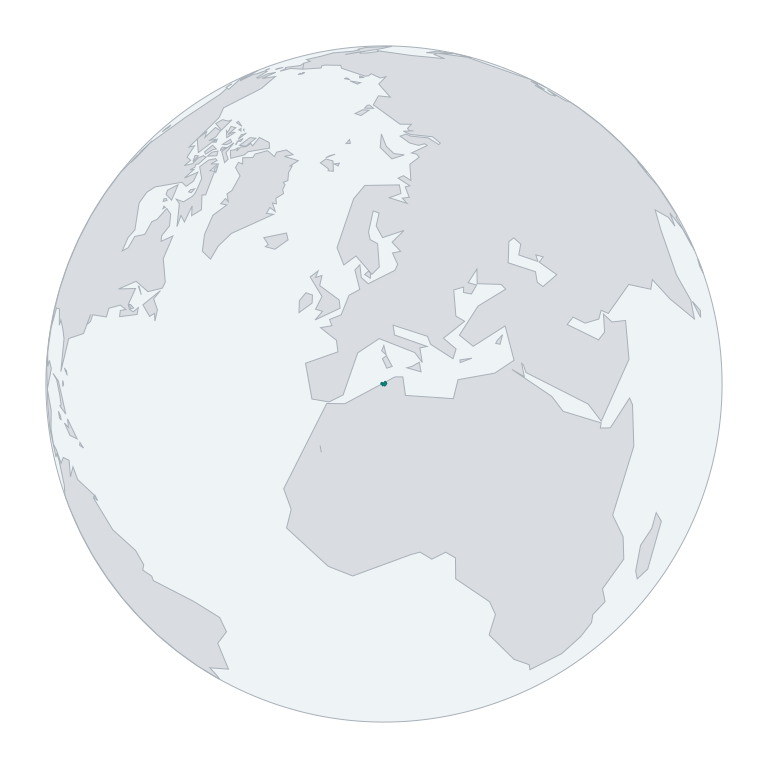 globe centered on Skikda, rotated 343°
{"feature_id": "DZA-2166", "entity_name": "Skikda", "entity_type": "Province", "adm_level": 1, "iso_a3": "DZA", "parent_name": "Algeria", "parent_adm1": "", "projection": "orthographic", "projection_center": [6.827, 36.763], "detail": "fine", "context": "on_globe", "style": "filled", "palette": "teal", "viewbox_px": 768, "rotation_deg": 343, "n_neighbors": 0, "source": "natural_earth", "source_scale": "10m", "svg_char_len": 10995}
<svg xmlns="http://www.w3.org/2000/svg" viewBox="0 0 768 768"><g transform="rotate(343 384 384)"><circle cx="384" cy="384" r="338" fill="#eef3f6" stroke="#a8b0b8"/><path d="M193.6,104.9L215.3,92.9L206.3,98.3L213.3,95.0L225.1,88.4L231.1,85.0L271.5,71.2L311.8,59.1L320.6,55.1L321.7,56.8L335.9,50.2L355.3,47.4L335.7,51.0L335.5,51.9L349.9,49.6L352.7,50.2L361.3,49.7L363.5,50.9L351.9,53.9L353.1,54.9L363.2,53.4L371.7,54.3L356.7,56.2L370.1,58.2L353.2,65.5L311.3,73.0L304.1,81.1L266.9,100.4L272.5,100.8L262.0,109.5L264.5,113.5L256.9,116.8L265.5,117.3L272.0,113.6L278.0,112.8L280.1,115.1L270.7,119.4L268.3,118.8L266.6,121.3L261.0,122.6L265.0,123.3L253.4,128.7L267.9,127.0L261.1,134.3L252.6,137.1L249.7,132.0L222.7,128.6L213.2,131.3L202.7,139.3L190.9,163.7L182.0,169.2L172.6,180.2L179.2,178.9L188.9,170.0L198.9,171.0L209.5,160.9L215.2,160.2L227.6,152.6L229.7,159.2L225.1,170.1L214.8,177.1L212.5,182.4L225.5,180.7L209.6,199.5L204.6,222.7L200.1,227.5L185.3,226.7L177.0,213.3L157.9,215.5L174.3,220.0L162.6,233.3L162.4,238.4L165.4,241.6L171.4,239.1L168.2,245.3L150.8,242.3L153.4,236.6L158.9,237.3L154.9,231.5L143.1,231.1L138.1,238.7L125.6,232.6L121.8,238.2L117.0,240.5L123.8,231.7L111.4,247.9L95.8,248.3L78.6,277.6L91.2,247.3L93.0,237.2L93.7,228.4L90.7,232.9L95.6,217.3L93.1,215.5L81.9,233.2L72.0,254.5L67.5,269.0L70.9,263.6L70.4,271.9L60.6,290.4L58.0,311.9L52.4,329.7L50.3,345.0L51.5,351.3L52.0,365.4L55.8,360.5L60.5,364.8L57.0,381.1L62.4,372.2L63.1,385.8L74.6,405.8L72.8,407.9L82.0,444.1L97.8,470.6L101.4,486.5L98.9,491.5L105.7,499.8L105.9,504.6L138.0,535.8L158.6,559.3L160.9,574.9L149.2,583.3L151.9,611.2L134.5,604.5L139.0,613.9L140.6,618.4L123.5,599.3L108.0,578.9L94.0,557.5L81.7,535.0L71.1,511.7L62.4,487.6L55.4,463.0L50.4,437.8L47.3,412.4L47.0,408.5L46.4,396.9L48.7,387.1L50.9,362.2L50.8,354.6L49.0,358.0L51.5,328.7L56.1,306.9L66.7,267.8L76.6,243.6L88.5,220.2L102.1,197.7L117.4,176.4L134.3,156.4L152.7,137.7L172.5,120.5L193.6,104.9ZM73.5,286.1L70.9,319.8L67.6,310.0L69.1,309.7L70.8,299.0L72.2,284.3L70.6,277.1L73.5,286.1ZM83.1,279.7L83.2,275.2L83.8,278.5L83.1,279.7ZM233.4,83.6L225.0,88.3L213.4,94.5L219.9,90.3L233.4,83.6ZM256.0,73.9L253.0,75.8L245.4,78.0L249.5,76.2L256.0,73.9ZM326.3,52.6L319.0,54.3L325.1,52.6L326.3,52.6ZM362.1,49.5L363.3,49.0L367.3,49.1L362.1,49.5ZM225.6,149.6L226.5,151.1L223.8,151.7L225.6,149.6ZM230.1,145.1L226.2,144.8L227.7,142.6L230.1,142.9L230.1,145.1ZM374.2,51.1L380.2,51.8L372.1,51.6L374.2,51.1ZM234.6,146.1L231.0,138.9L233.8,135.3L245.3,133.3L234.6,146.1ZM382.4,52.5L397.1,55.0L401.0,53.8L398.4,59.2L386.8,54.9L376.1,54.5L382.4,53.7L382.4,52.5ZM273.2,111.6L266.3,115.5L270.1,110.2L273.2,111.6ZM274.1,108.4L277.1,94.9L288.2,90.8L284.9,95.8L297.8,89.4L301.7,93.9L295.6,98.5L287.6,100.1L295.2,100.7L274.1,108.4ZM394.6,62.3L396.5,63.6L392.3,62.9L394.6,62.3ZM280.6,112.1L280.2,109.5L289.9,105.6L292.4,110.2L288.5,109.9L280.6,112.1ZM299.2,85.7L306.8,84.0L312.1,87.1L315.7,86.9L302.8,93.7L299.2,85.7ZM287.4,112.0L293.4,112.7L290.8,116.8L281.7,114.5L287.4,112.0ZM291.3,102.8L296.0,101.3L294.2,103.6L291.3,102.8ZM285.0,132.6L284.3,128.9L289.2,126.5L285.0,132.6ZM295.9,112.8L296.7,111.4L298.6,110.2L302.0,111.6L295.9,112.8ZM307.4,95.6L308.0,97.5L313.0,93.0L317.2,95.6L307.7,99.8L313.6,99.1L314.9,99.9L305.7,102.5L307.4,95.6ZM311.0,109.5L300.5,116.5L300.7,123.4L296.3,125.7L296.8,114.2L311.0,109.5ZM308.7,105.1L309.1,108.2L303.4,109.1L299.6,107.6L308.7,105.1ZM323.4,96.0L319.4,90.9L321.6,90.2L323.4,96.0ZM312.2,111.3L314.7,109.6L312.9,111.6L312.2,111.3ZM321.2,100.3L319.5,98.5L322.0,97.7L321.2,100.3ZM321.1,108.0L317.7,110.1L315.0,109.0L321.1,108.0ZM322.1,104.3L326.0,103.7L316.1,107.3L320.9,103.6L322.1,104.3ZM323.9,99.9L324.8,98.9L324.2,100.8L323.9,99.9ZM333.3,111.5L321.5,116.2L315.6,113.5L327.8,109.2L333.3,111.5ZM620.9,143.0L626.3,148.5L618.0,140.5L619.0,142.5L613.0,137.2L623.8,149.4L615.7,142.5L628.1,156.2L632.6,159.0L626.1,150.2L640.3,166.1L644.4,168.8L650.9,176.7L666.8,199.0L680.8,222.4L689.3,239.8L691.9,245.3L691.4,245.7L698.1,262.6L703.6,274.2L713.5,308.9L712.2,310.0L717.2,332.2L718.4,335.1L719.9,347.0L719.2,342.1L718.7,342.0L715.0,323.6L707.3,304.0L708.4,318.2L704.7,307.8L694.2,296.8L693.8,317.0L695.6,365.1L701.9,393.4L699.9,412.6L682.4,386.3L671.1,362.6L666.9,371.4L647.1,360.4L619.1,382.1L613.2,377.0L608.4,384.7L594.1,384.6L584.4,375.3L576.6,380.7L602.1,404.5L610.2,398.8L614.3,381.2L620.1,391.3L633.6,393.9L625.5,432.0L580.9,483.1L573.4,462.9L523.1,414.5L522.9,406.7L522.5,406.0L521.7,404.6L520.3,417.9L510.6,407.5L540.8,444.9L547.3,462.5L580.3,484.7L578.0,489.4L587.6,492.1L614.8,469.2L615.6,476.5L604.7,516.5L564.3,576.3L568.0,600.0L562.1,621.6L533.1,643.7L531.8,656.7L516.2,665.6L512.7,672.9L498.1,683.1L475.1,693.8L440.0,699.9L440.8,694.9L427.9,685.4L411.2,654.7L423.2,636.9L421.3,623.1L395.6,591.3L401.5,571.2L393.8,562.9L378.5,565.5L369.3,555.3L359.8,555.0L297.9,558.4L277.4,542.1L248.7,493.2L258.6,476.8L257.5,454.8L323.5,385.9L340.8,391.4L396.6,380.4L404.1,382.7L401.2,401.2L446.0,418.3L456.1,401.5L493.1,406.0L515.3,399.3L516.8,363.9L480.3,374.0L470.4,359.3L496.7,337.0L528.1,328.9L525.2,323.0L502.4,315.3L506.5,301.2L494.1,311.7L501.5,316.4L493.9,323.5L486.8,319.7L488.5,314.6L478.2,314.4L472.6,340.0L479.4,347.6L454.2,357.6L463.2,371.6L457.4,380.0L440.2,359.7L439.5,351.1L409.9,330.4L408.4,340.2L436.2,360.7L428.8,360.0L426.9,374.7L422.6,362.9L392.7,339.2L368.0,346.5L341.7,382.5L326.2,385.1L310.7,377.3L315.0,341.2L349.3,339.8L351.3,328.3L339.8,311.6L351.2,313.0L350.8,306.4L363.3,305.3L376.5,288.9L388.5,286.5L389.5,266.5L395.8,262.9L393.4,275.5L398.2,283.5L427.7,278.5L432.1,273.5L430.4,261.2L438.7,262.0L433.2,250.8L448.0,243.0L425.4,243.6L422.7,230.6L429.3,219.1L424.3,215.3L413.6,234.2L413.0,241.9L418.9,248.0L413.7,270.7L404.5,275.6L394.6,253.4L380.4,258.4L378.9,240.0L409.0,198.1L423.7,188.5L456.9,198.1L455.9,206.8L443.5,207.4L458.9,218.0L455.8,211.7L462.7,212.8L461.9,201.7L466.7,202.0L457.7,191.3L463.5,190.5L469.2,197.2L473.0,181.4L484.0,177.4L482.5,173.8L477.8,171.1L495.0,168.6L493.1,166.1L486.8,165.9L479.0,161.0L471.9,151.7L478.2,151.4L481.7,154.6L498.3,161.6L506.4,171.1L508.3,170.1L502.8,161.8L482.4,153.2L476.4,147.9L486.3,150.6L482.2,149.2L481.2,146.5L486.1,143.6L475.3,140.2L455.4,113.9L462.9,106.8L473.9,111.5L466.7,95.6L475.7,90.7L469.8,90.2L462.4,83.5L459.5,84.8L456.1,84.2L435.7,69.6L435.8,66.6L420.4,61.6L417.4,61.6L416.4,63.4L398.4,59.2L401.0,53.8L407.7,53.9L404.8,51.1L420.5,52.2L432.1,52.5L451.1,56.6L458.6,57.2L456.6,56.2L465.3,56.9L490.4,63.4L479.1,62.5L443.2,57.5L458.7,59.4L457.9,60.7L465.0,62.6L475.7,64.3L475.3,63.4L506.1,77.8L537.1,90.6L528.4,83.6L531.5,83.1L559.1,95.9L607.4,131.5L611.9,134.5L615.9,138.2L620.9,143.0ZM304.9,424.1L304.1,430.9L304.1,431.0L304.9,424.1ZM564.5,337.3L581.2,330.0L568.1,312.9L573.4,309.0L567.0,304.9L567.0,311.8L550.6,300.0L555.7,290.2L550.8,282.2L545.0,284.4L538.2,304.4L561.7,320.9L560.3,331.4L564.5,337.3ZM75.1,406.3L76.1,411.8L73.9,408.7L75.1,406.3ZM64.7,314.9L65.3,319.5L64.8,324.2L63.8,321.7L64.7,314.9ZM76.1,351.1L78.0,357.4L75.0,353.6L76.1,351.1ZM71.1,324.8L74.5,346.7L68.7,341.5L67.0,327.9L69.6,333.4L71.1,324.8ZM77.8,286.7L77.6,290.5L76.0,292.5L77.8,286.7ZM83.6,282.3L83.2,281.5L84.3,277.8L83.6,282.3ZM163.7,233.5L164.9,233.9L166.8,238.1L163.7,238.1L163.7,233.5ZM189.0,246.9L183.3,256.8L185.2,249.4L179.6,250.8L176.6,237.8L197.6,229.3L188.6,235.2L189.0,246.9ZM178.4,219.1L178.0,227.6L177.7,218.7L178.4,219.1ZM336.0,273.9L341.6,278.0L338.9,285.6L323.6,290.9L327.4,279.6L336.0,273.9ZM350.3,282.2L344.7,260.0L354.0,256.6L349.7,262.1L356.4,262.1L351.3,271.1L365.7,290.5L364.2,298.7L336.8,302.6L346.5,296.5L340.4,292.5L350.3,282.2ZM314.1,216.6L311.8,208.9L334.9,211.1L334.4,218.1L319.1,223.2L310.7,218.0L314.1,216.6ZM255.6,144.7L253.3,143.1L255.9,141.7L260.0,142.0L255.6,144.7ZM284.2,131.1L268.7,151.0L265.2,150.0L260.3,164.0L249.2,166.8L252.7,157.5L240.5,170.7L239.2,163.4L232.0,173.0L241.0,151.8L239.4,146.5L245.4,151.2L255.7,148.5L259.7,145.8L269.7,134.4L271.2,122.4L281.7,118.6L288.6,119.2L289.8,121.4L282.7,123.0L289.5,124.9L280.0,129.1L284.2,131.1ZM364.1,138.1L355.3,137.2L367.3,145.4L357.9,148.0L359.9,148.8L354.6,153.8L351.5,161.4L346.7,161.7L347.6,164.6L344.0,168.3L343.6,172.5L334.9,174.8L333.7,180.3L330.2,178.3L330.5,187.4L326.4,181.8L321.4,186.5L328.0,189.4L282.0,195.4L265.8,203.6L254.6,213.9L249.1,203.9L256.1,188.5L269.6,172.7L286.0,166.8L280.5,163.9L286.7,160.3L288.4,164.1L289.5,156.3L295.1,154.5L307.2,142.9L305.3,133.6L309.6,129.5L313.2,132.3L315.0,126.3L324.7,129.1L328.0,126.4L340.9,126.8L345.7,134.5L349.1,130.9L359.0,131.6L364.1,138.1ZM336.9,111.8L344.8,119.5L343.6,125.0L321.8,122.1L317.4,124.1L303.4,123.3L305.4,115.6L309.3,116.4L313.4,115.5L311.1,118.3L316.1,115.4L321.6,116.7L326.9,115.0L328.0,117.8L336.9,111.8ZM410.6,375.2L416.0,375.3L424.1,373.5L423.0,383.2L410.6,375.2ZM389.9,359.3L394.6,357.7L397.0,369.6L391.3,369.7L389.9,359.3ZM395.1,347.1L394.6,356.7L391.5,351.6L395.1,347.1ZM397.5,273.6L402.2,271.5L403.5,274.2L401.9,278.9L397.5,273.6ZM397.8,165.8L392.9,163.7L393.8,162.0L387.8,153.9L394.3,151.8L400.4,155.8L397.8,165.8ZM511.8,371.5L506.6,379.9L502.7,377.8L505.3,375.3L511.8,371.5ZM463.6,383.2L475.7,385.0L463.2,385.8L463.6,383.2ZM403.8,162.1L400.6,158.9L405.9,159.8L403.8,162.1ZM398.7,149.8L404.5,150.0L394.4,150.6L398.7,149.8ZM609.1,596.3L582.1,638.1L569.2,644.4L570.0,636.5L582.1,613.4L598.0,600.2L606.7,586.6L609.1,596.3ZM721.7,371.5L720.3,363.5L720.5,356.9L720.9,357.5L721.7,371.5ZM703.0,395.0L708.0,406.1L706.3,412.9L703.0,395.0ZM695.3,252.5L697.6,258.8L696.1,255.2L692.0,245.2L695.3,252.5ZM454.6,144.1L455.7,157.3L460.8,166.5L470.4,170.8L457.3,171.0L449.5,156.7L454.6,144.1ZM454.6,117.4L446.2,114.5L449.4,112.6L451.8,113.0L454.6,117.4ZM449.9,117.8L440.4,120.5L435.4,116.9L443.9,115.5L449.9,117.8ZM422.4,140.1L422.3,144.0L418.0,143.0L422.4,140.1ZM563.4,97.6L550.9,90.4L545.8,87.3L563.4,97.6ZM544.7,86.9L547.3,88.6L527.2,81.7L521.2,79.5L532.9,81.4L536.1,83.3L542.3,86.1L544.7,86.9ZM399.4,63.0L396.7,63.6L397.2,62.4L399.4,63.0ZM454.7,85.1L450.2,84.0L450.8,82.3L454.7,85.1ZM438.0,80.4L440.4,83.1L435.2,80.3L438.0,80.4ZM446.2,89.4L440.1,84.2L449.7,89.0L446.2,89.4Z" fill="#d9dde1" stroke="#a8b0b8" stroke-width="1"/><path d="M381.3,383.0L381.3,382.9L381.3,382.7L381.6,382.3L381.7,382.2L381.9,382.1L382.1,382.1L382.3,382.0L382.5,382.1L382.7,382.3L382.8,382.4L382.9,382.7L382.9,382.8L383.0,382.7L383.1,382.8L383.3,382.8L384.0,382.9L384.1,383.0L384.3,383.1L384.2,383.2L384.4,383.2L384.6,383.3L384.7,383.2L385.1,383.1L385.3,383.0L385.6,383.1L385.8,382.8L386.0,382.7L385.8,382.3L385.7,382.1L385.8,382.1L386.0,382.1L386.3,383.0L386.5,383.2L386.5,383.3L386.5,383.5L386.6,383.8L386.6,384.2L386.5,384.3L386.4,384.3L386.4,384.5L386.2,384.7L385.9,384.8L385.4,385.0L385.2,385.3L385.2,385.5L384.8,385.7L384.6,385.8L384.2,385.9L384.0,385.7L384.1,385.4L384.3,385.3L384.4,385.2L383.8,385.2L383.6,385.2L383.3,385.0L383.3,384.9L383.2,384.9L382.9,385.1L382.6,385.1L382.3,385.1L382.3,384.8L382.4,384.6L382.1,384.4L381.8,384.1L381.7,383.9L381.7,383.7L381.6,383.4L381.4,383.4L381.4,383.2L381.3,383.0Z" fill="#14b8a6" stroke="#0f766e" stroke-width="1.5"/></g></svg>